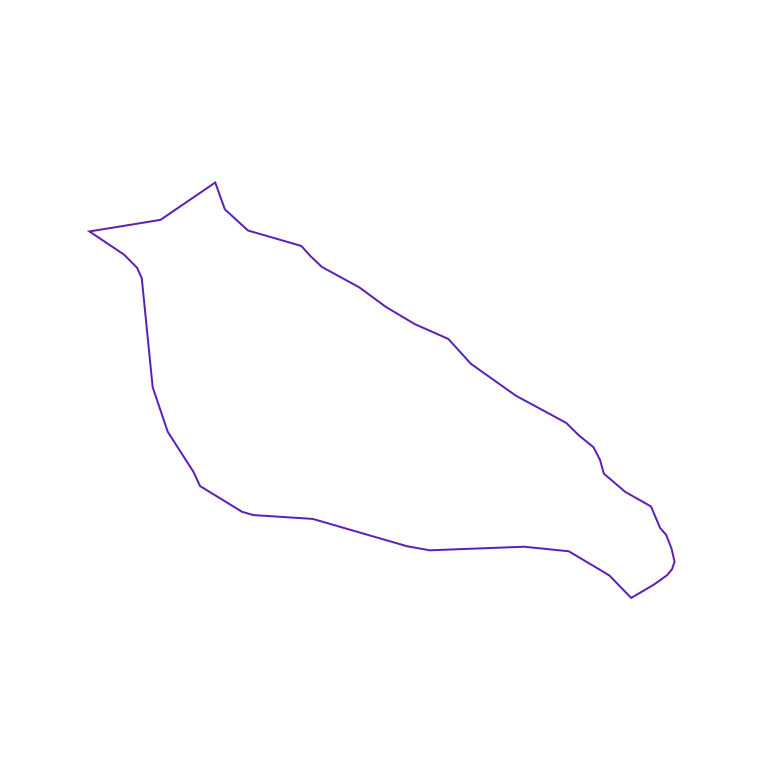 an SVG outline of Bundibugyo, rotated 279°
{"feature_id": "UGA-3104", "entity_name": "Bundibugyo", "entity_type": "District", "adm_level": 1, "iso_a3": "UGA", "parent_name": "Uganda", "parent_adm1": "", "projection": "natural_earth1", "projection_center": [30.039, 0.68], "detail": "fine", "context": "isolated", "style": "outline", "palette": "violet", "viewbox_px": 768, "rotation_deg": 279, "n_neighbors": 0, "source": "natural_earth", "source_scale": "10m", "svg_char_len": 741}
<svg xmlns="http://www.w3.org/2000/svg" viewBox="0 0 768 768"><g transform="rotate(279 384 384)"><path d="M289.0,190.3L303.1,177.8L344.7,156.0L450.6,128.2L460.2,121.9L471.0,107.2L488.6,69.2L511.2,137.6L556.6,185.8L531.6,199.5L514.3,225.7L507.4,280.8L499.3,290.7L489.9,304.3L475.6,344.4L460.3,374.1L447.9,405.2L438.5,440.6L417.5,466.7L393.1,516.0L374.0,570.2L363.8,584.4L354.3,600.8L342.9,609.2L329.8,615.2L315.1,639.3L304.8,666.9L285.0,679.2L279.1,686.3L266.5,693.7L253.9,698.8L246.2,697.5L239.5,693.5L228.6,682.5L219.8,671.9L211.4,661.6L230.2,636.4L233.4,628.5L247.7,592.6L245.2,547.9L226.9,455.2L227.4,431.6L239.6,334.7L234.1,275.4L235.6,263.7L254.4,218.3L267.2,209.7L289.0,190.3Z" fill="none" stroke="#5b21b6" stroke-width="2"/></g></svg>